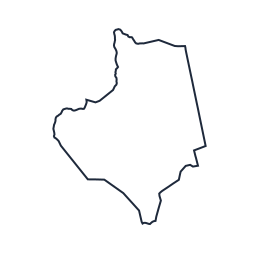 Ribeira do Pombal, Bahia, Brazil (Natural Earth projection), rotated 347°
{"feature_id": "56859067B15668826458342", "entity_name": "Ribeira do Pombal", "entity_type": "district", "adm_level": 2, "iso_a3": "BRA", "parent_name": "Brazil", "parent_adm1": "Bahia", "projection": "natural_earth1", "projection_center": [-38.58, -10.794], "detail": "fine", "context": "isolated", "style": "outline", "palette": "slate", "viewbox_px": 256, "rotation_deg": 347, "n_neighbors": 0, "source": "geoboundaries", "source_scale": "gbopen_adm2", "svg_char_len": 2110}
<svg xmlns="http://www.w3.org/2000/svg" viewBox="0 0 256 256"><g transform="rotate(347 128 128)"><path d="M69.2,95.3L67.8,96.4L66.7,97.9L65.5,99.1L64.1,99.5L62.6,100.3L61.2,100.7L60.1,101.6L59.3,103.2L59.0,104.6L58.4,105.8L57.5,107.2L56.7,108.2L56.0,109.9L55.1,112.0L55.1,113.7L55.1,116.0L54.9,117.8L54.0,119.2L54.2,120.8L55.1,121.5L56.3,123.1L57.5,125.1L58.0,127.4L58.6,130.1L62.2,137.6L77.3,169.0L85.6,171.0L93.3,173.0L108.8,190.4L110.5,193.5L112.4,196.9L114.4,200.5L120.2,210.9L120.2,220.8L120.2,222.5L120.7,224.4L122.0,224.0L123.2,224.2L124.2,224.6L125.2,225.2L126.7,226.1L127.8,226.5L129.1,225.7L130.7,224.9L132.3,224.6L133.9,224.7L135.7,220.6L139.4,213.8L140.0,212.7L143.7,206.1L143.5,202.9L143.4,201.3L143.7,198.9L145.1,198.0L146.9,197.1L148.2,196.6L153.8,194.5L159.4,192.3L165.9,189.9L168.4,184.5L169.5,182.3L175.7,177.9L180.3,177.9L182.6,180.2L187.7,180.5L187.5,172.0L187.4,170.8L187.3,164.7L191.7,164.1L199.6,163.0L200.3,132.3L200.5,124.9L200.6,119.2L201.0,101.0L201.1,97.4L201.2,91.4L201.5,76.5L201.7,67.2L201.8,64.3L202.0,62.8L202.0,61.0L195.2,59.6L192.0,58.6L177.7,49.1L175.6,49.1L174.0,49.1L162.2,49.1L160.9,48.7L159.6,48.5L158.5,48.2L157.2,48.3L156.2,48.0L155.0,47.4L154.2,46.2L153.7,44.6L152.8,42.2L152.4,40.7L151.4,40.1L150.2,40.0L148.9,39.0L148.5,37.3L147.1,36.6L145.6,35.6L144.1,34.6L143.7,32.9L143.2,31.6L142.5,30.4L140.9,29.5L139.7,29.6L138.2,29.6L137.1,30.2L135.9,31.5L135.8,33.4L135.9,34.8L135.7,36.6L135.4,37.8L135.2,39.4L134.6,40.6L134.1,41.8L133.4,43.0L132.9,44.4L132.9,46.1L133.6,48.2L134.0,50.2L134.0,51.8L133.7,53.0L132.8,54.6L132.1,56.1L131.5,57.6L131.1,59.4L131.2,61.2L131.4,63.5L131.7,65.1L132.0,66.3L130.8,67.3L129.4,68.1L129.0,69.5L128.3,70.8L128.3,72.3L127.4,73.3L127.3,74.9L128.0,76.6L127.8,78.3L127.2,80.1L127.2,81.7L126.4,83.2L124.5,84.4L123.1,86.2L122.0,87.6L106.5,95.1L105.2,95.3L102.1,95.7L93.8,91.1L93.7,92.6L93.4,93.9L92.3,95.7L91.3,97.1L90.4,98.4L89.3,99.4L87.9,99.1L86.6,98.5L84.7,98.3L83.4,98.5L81.9,98.8L79.9,99.0L78.7,98.7L77.7,97.9L77.0,96.7L75.9,96.3L74.3,95.9L73.2,95.3L72.2,95.1L70.6,95.2L69.2,95.3Z" fill="none" stroke="#1e293b" stroke-width="2"/></g></svg>